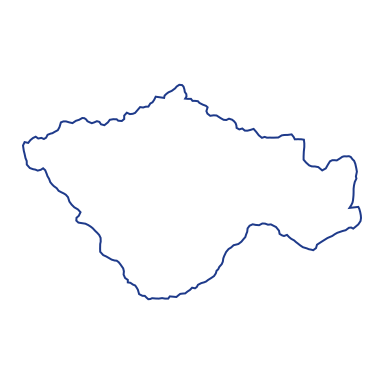 outline of Novo Horizonte do Norte, Mato Grosso, Brazil
{"feature_id": "56859067B35028865245170", "entity_name": "Novo Horizonte do Norte", "entity_type": "district", "adm_level": 2, "iso_a3": "BRA", "parent_name": "Brazil", "parent_adm1": "Mato Grosso", "projection": "natural_earth1", "projection_center": [-57.299, -11.385], "detail": "fine", "context": "isolated", "style": "outline", "palette": "blue", "viewbox_px": 384, "rotation_deg": 0, "n_neighbors": 0, "source": "geoboundaries", "source_scale": "gbopen_adm2", "svg_char_len": 3864}
<svg xmlns="http://www.w3.org/2000/svg" viewBox="0 0 384 384"><path d="M123.6,274.6L125.1,278.0L127.8,279.9L127.8,282.4L130.4,282.8L133.0,284.6L135.2,285.5L136.7,287.7L137.9,289.8L139.1,294.1L142.4,295.8L144.8,295.9L146.5,297.6L148.3,299.2L150.3,299.0L152.1,298.2L155.7,298.5L158.8,298.6L162.1,298.1L165.0,298.6L168.2,298.6L169.8,296.4L172.2,296.6L176.4,297.0L178.4,295.3L180.2,293.9L182.4,293.6L185.2,293.4L187.4,291.6L190.0,289.9L192.1,287.7L195.0,288.3L196.7,287.1L198.0,284.8L201.3,283.1L204.2,282.3L206.1,281.5L208.0,280.0L210.9,278.2L214.0,276.1L215.8,273.4L216.6,270.7L218.2,269.3L219.3,266.9L221.7,264.2L222.8,261.7L223.3,258.4L224.1,256.2L226.1,252.0L228.6,249.0L231.1,247.5L233.6,245.2L236.5,244.5L238.4,244.0L241.4,241.7L243.7,238.9L245.3,237.1L246.1,234.5L247.2,231.8L247.6,228.4L249.6,225.7L252.7,224.3L255.6,224.9L259.1,225.2L262.3,223.5L265.0,223.6L268.0,224.7L270.9,224.4L273.6,225.8L276.0,227.0L279.0,230.7L279.6,233.9L282.1,235.4L284.0,236.0L287.0,234.9L289.1,237.1L291.2,238.8L294.1,240.4L296.0,242.1L297.6,243.3L300.1,245.3L302.9,247.2L306.9,248.4L308.8,249.2L311.4,249.7L313.2,250.2L316.0,248.1L317.0,244.7L321.6,241.7L327.5,238.0L329.8,237.0L332.2,236.0L334.8,234.2L337.3,232.8L342.6,231.0L345.7,230.2L348.9,227.8L351.1,227.5L353.2,228.6L355.7,226.6L358.3,224.4L360.5,221.1L361.0,218.0L360.8,215.3L360.2,212.1L359.3,208.9L358.3,206.9L349.5,207.9L351.3,205.1L352.5,202.6L353.0,200.4L353.3,197.5L353.5,195.2L353.6,192.1L353.6,188.8L354.0,185.4L354.8,181.9L356.4,178.6L355.9,176.4L356.9,171.7L356.3,168.3L355.3,163.8L354.1,160.8L352.6,159.4L350.7,156.9L348.9,156.2L346.6,156.4L344.1,156.3L342.3,156.8L340.0,158.4L336.8,160.4L334.6,160.2L332.3,160.2L330.0,161.3L328.0,164.5L325.8,168.4L322.2,170.4L318.3,167.1L315.1,166.5L311.8,166.4L309.2,165.4L306.1,162.6L303.6,159.7L303.6,156.4L303.8,151.7L304.3,147.0L304.3,143.3L303.9,139.7L301.4,139.3L298.1,139.2L294.8,139.3L293.6,136.9L291.6,134.4L287.8,134.9L284.1,135.0L281.7,135.4L278.3,137.5L275.4,137.6L272.9,137.7L269.7,137.6L267.0,137.7L264.7,136.9L261.9,137.8L258.8,135.3L256.3,132.0L253.6,128.9L250.5,129.9L247.4,130.7L244.8,130.6L242.3,128.5L239.3,129.4L236.6,127.9L236.4,125.6L235.7,123.3L234.1,121.3L232.1,119.7L229.0,118.7L226.3,120.0L223.6,119.8L220.6,118.1L216.6,115.5L213.7,115.3L210.2,115.8L207.4,113.6L206.4,111.1L207.6,107.3L205.9,105.8L202.9,104.7L199.4,102.9L197.9,101.2L195.2,100.9L192.5,100.9L191.0,98.9L188.2,98.9L185.2,98.6L186.5,96.4L186.3,94.1L184.8,91.9L184.4,89.4L183.5,86.6L182.1,85.1L179.3,84.8L176.7,86.5L175.1,88.4L171.7,90.9L168.5,92.3L166.5,93.8L164.6,95.6L164.1,97.9L155.7,96.7L154.2,99.8L152.5,102.3L150.3,103.5L148.4,106.6L145.7,106.7L143.1,107.5L140.1,107.1L135.1,112.9L132.8,113.8L129.9,114.1L126.8,112.7L124.2,115.6L124.2,119.0L121.8,121.0L118.2,120.7L116.7,119.3L113.2,119.2L109.8,119.8L107.9,122.4L104.4,125.2L101.0,124.3L99.4,121.9L96.9,121.2L94.2,122.4L91.8,123.2L89.2,122.1L87.4,121.2L86.2,119.5L84.4,118.2L82.3,118.0L79.1,119.8L75.9,120.8L72.5,123.1L69.4,122.4L66.0,121.4L63.4,121.4L60.9,122.4L59.5,127.1L57.8,130.2L54.6,131.9L52.4,133.2L50.6,133.6L47.6,134.8L46.1,137.7L43.9,139.0L41.4,137.9L38.2,138.5L35.7,136.7L33.0,138.0L30.4,140.1L28.2,142.9L24.6,142.1L23.0,145.5L23.8,150.8L24.5,153.5L25.5,158.1L26.7,161.0L26.8,164.6L29.8,168.0L33.1,169.2L35.3,169.6L37.7,170.6L40.8,169.8L43.1,168.3L45.2,170.2L46.7,173.9L47.5,176.2L49.1,178.9L50.3,182.2L52.2,184.5L53.8,186.1L56.7,188.2L58.6,190.8L61.4,192.3L63.7,193.4L65.8,194.7L68.0,197.2L69.4,201.6L71.6,204.6L74.3,207.3L77.9,209.4L80.5,212.2L78.8,215.8L76.5,217.8L76.3,220.6L78.4,222.6L85.4,223.7L88.3,225.1L90.8,226.7L92.7,228.2L95.4,231.1L97.1,232.7L99.2,235.0L100.6,237.9L100.7,241.6L100.2,244.0L100.1,248.6L100.2,251.8L103.2,255.1L106.3,256.5L108.9,258.0L111.6,259.6L114.6,260.5L116.7,260.7L118.7,262.2L120.5,264.5L123.2,268.4L123.9,271.3L123.6,274.6Z" fill="none" stroke="#1e3a8a" stroke-width="2"/></svg>